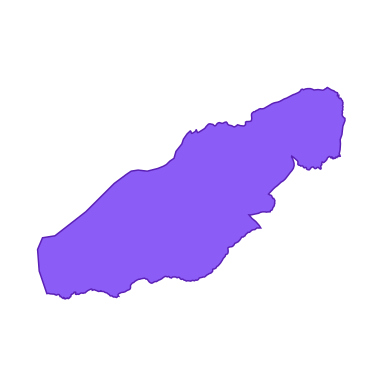 Bolga East, Upper East, Ghana, rotated 16°
{"feature_id": "2480657B19171272300465", "entity_name": "Bolga East", "entity_type": "district", "adm_level": 2, "iso_a3": "GHA", "parent_name": "Ghana", "parent_adm1": "Upper East", "projection": "mercator", "projection_center": [-0.786, 10.803], "detail": "fine", "context": "isolated", "style": "filled", "palette": "violet", "viewbox_px": 384, "rotation_deg": 16, "n_neighbors": 0, "source": "geoboundaries", "source_scale": "gbopen_adm2", "svg_char_len": 6065}
<svg xmlns="http://www.w3.org/2000/svg" viewBox="0 0 384 384"><g transform="rotate(16 192 192)"><path d="M80.5,329.7L81.6,329.2L82.5,329.0L83.6,329.0L86.3,328.5L87.0,328.3L88.2,328.2L89.0,328.3L89.0,328.5L90.1,328.5L91.4,327.4L92.4,327.3L92.8,327.4L94.0,328.8L94.5,328.5L95.6,329.2L97.4,329.8L97.8,328.8L98.2,328.9L99.0,329.7L99.5,329.8L100.1,329.0L100.8,328.9L101.2,328.4L101.5,328.2L102.2,328.6L102.6,328.5L103.1,327.8L103.4,327.6L103.5,326.7L104.2,326.2L104.3,325.0L104.1,324.3L104.5,323.4L105.3,323.0L106.1,321.7L106.2,321.0L106.5,320.8L106.8,320.6L107.8,320.4L108.0,320.7L107.9,322.0L108.2,322.3L108.5,322.4L109.4,322.2L110.1,321.7L111.4,321.6L112.4,320.4L113.3,319.7L114.0,319.4L115.2,319.4L116.0,318.8L117.0,318.5L118.2,316.6L119.2,315.3L121.5,313.3L122.1,313.0L122.5,313.0L122.8,313.2L123.2,314.0L124.0,313.5L124.9,312.8L126.6,313.1L127.8,313.1L129.4,313.4L130.2,313.0L131.0,312.9L131.3,312.7L131.4,312.3L131.9,312.5L132.2,312.2L132.4,312.4L132.9,312.4L134.6,312.0L136.0,312.5L138.2,312.5L139.7,313.2L140.5,313.3L141.6,314.1L142.0,314.3L142.5,314.3L143.2,314.1L143.9,314.0L145.3,314.6L147.2,314.1L148.5,314.2L149.0,313.6L149.6,312.6L149.9,312.3L150.2,312.3L149.2,311.3L149.2,310.8L149.8,309.8L151.9,308.0L153.2,307.5L155.0,306.5L157.1,304.2L158.3,303.4L159.1,302.5L159.3,301.7L159.3,301.1L158.6,298.6L159.4,296.6L159.8,295.9L161.0,295.0L161.6,293.8L163.2,292.0L164.8,290.6L166.0,290.2L166.5,289.7L170.2,287.9L171.6,288.4L172.6,288.1L173.6,288.6L175.5,290.1L176.4,290.5L177.4,290.8L178.5,290.7L179.0,290.4L180.8,288.5L181.7,288.1L182.5,287.9L183.6,286.8L184.1,286.0L185.1,285.4L186.8,283.8L187.6,282.6L189.1,280.8L190.1,280.3L191.5,280.4L191.9,280.3L192.7,279.7L193.2,279.7L194.1,280.3L196.0,280.3L196.6,279.1L199.6,278.1L200.8,278.5L201.5,278.5L201.9,278.1L203.1,277.6L203.8,277.8L204.5,278.5L205.4,278.9L205.9,278.9L206.9,278.3L207.3,278.3L208.6,278.9L210.0,278.8L211.0,279.2L212.4,278.4L215.4,278.0L216.4,277.1L217.1,276.7L218.7,276.7L219.0,276.5L219.7,275.7L220.0,275.5L220.9,275.5L221.4,275.2L222.1,274.5L222.8,272.6L225.5,271.1L225.9,270.7L227.3,270.3L227.6,270.1L228.4,269.0L228.9,268.0L230.3,266.6L230.7,266.0L232.5,264.7L233.6,262.9L233.6,262.0L233.2,260.6L234.2,259.9L234.8,259.7L236.0,258.5L236.4,256.8L237.5,255.6L239.0,252.3L240.1,248.5L240.3,247.3L241.6,244.8L241.6,243.7L241.8,242.7L242.8,242.0L243.1,241.7L243.3,241.1L243.3,239.9L243.0,238.6L242.0,236.3L242.1,235.5L243.2,234.5L245.3,233.6L246.2,232.9L246.4,232.1L246.9,231.5L247.2,229.8L247.3,229.5L248.1,229.0L250.2,227.0L251.4,224.5L252.2,221.7L253.8,221.0L254.1,220.4L255.0,219.6L255.2,218.4L255.8,217.2L256.2,216.7L256.9,215.4L257.7,215.2L258.4,214.8L258.8,214.3L260.0,212.3L261.2,211.4L262.8,210.8L264.1,208.9L264.9,208.5L265.9,208.3L268.0,207.6L265.8,205.6L261.6,202.9L257.0,200.9L253.1,198.3L255.4,197.6L258.1,196.1L261.9,194.1L263.5,192.6L265.6,191.5L267.6,191.0L269.2,190.8L270.2,190.3L272.6,189.5L272.6,188.3L272.9,187.9L273.7,187.5L274.1,186.0L274.0,185.3L274.2,184.3L274.7,183.4L274.8,181.6L274.6,180.9L274.7,179.9L274.4,179.6L274.0,177.3L272.4,175.7L271.5,175.9L271.0,175.2L270.2,174.6L269.8,173.9L269.1,173.4L267.2,173.3L266.1,172.9L269.4,166.5L270.7,164.4L272.3,162.3L274.9,158.0L276.7,156.0L278.1,153.7L281.1,146.1L282.1,143.9L282.9,141.4L282.9,138.6L282.2,136.3L281.1,134.4L279.6,132.3L278.0,130.8L278.0,130.0L280.8,131.0L281.9,131.6L284.3,132.7L285.1,133.2L285.6,134.0L286.0,135.8L286.2,136.3L286.9,136.7L288.6,136.7L289.4,137.1L290.4,136.6L291.2,136.5L291.8,136.8L292.3,137.5L293.0,137.8L293.4,137.8L293.8,137.3L294.7,137.0L295.1,137.1L295.7,138.2L296.5,138.6L297.8,138.6L298.7,138.3L299.1,137.6L299.2,137.1L300.1,135.3L300.9,134.8L301.6,134.5L302.7,135.2L303.6,135.6L304.0,135.6L304.9,135.0L305.4,134.0L306.3,133.6L306.8,133.6L308.6,134.5L309.4,134.5L309.6,133.7L308.6,131.6L308.7,131.1L309.3,130.0L308.8,129.2L308.9,127.3L310.2,127.5L310.9,126.9L311.3,126.1L311.8,125.6L312.2,124.4L312.6,123.9L312.8,121.9L313.9,120.3L314.2,120.0L314.8,120.0L316.1,120.8L316.6,119.8L316.9,119.8L317.2,120.0L317.5,120.9L318.2,121.2L318.6,121.1L318.6,120.4L318.9,120.2L319.6,120.2L320.0,120.4L320.3,120.2L320.8,119.2L320.8,118.8L321.8,118.9L322.0,118.1L322.7,117.7L322.6,117.1L323.1,116.6L324.1,117.1L324.6,116.8L323.8,115.5L323.0,114.8L322.7,110.7L322.0,107.3L321.4,104.7L320.0,100.8L320.3,95.5L318.9,87.3L319.4,81.2L318.7,79.0L317.3,78.6L315.8,77.5L315.0,76.5L314.8,74.3L314.3,73.5L314.1,72.9L314.1,72.4L314.4,71.5L314.1,70.8L313.8,70.4L313.6,68.2L312.8,67.4L312.7,67.1L312.9,66.0L312.5,65.2L312.6,64.8L312.5,64.4L312.0,64.0L311.5,62.9L309.9,61.8L309.7,61.3L309.1,60.9L308.4,61.0L308.1,61.4L306.9,60.7L306.7,60.4L306.8,59.2L306.5,58.6L306.1,59.1L305.6,59.4L305.2,59.4L305.1,57.4L304.4,56.5L303.2,56.5L301.7,56.2L300.5,55.6L298.0,55.5L293.4,54.2L292.9,54.6L292.6,55.3L291.5,56.3L290.9,57.2L289.8,58.1L284.9,58.8L281.2,60.3L279.1,60.0L277.2,60.0L274.8,60.7L273.0,61.5L270.9,63.0L269.9,62.7L268.8,63.3L268.0,65.6L266.8,67.1L263.5,69.9L262.6,70.4L256.9,75.8L255.0,77.1L251.2,80.9L249.4,82.1L247.4,83.1L246.1,83.9L244.7,85.0L241.1,88.8L238.1,91.9L236.3,92.8L234.7,93.1L233.6,93.8L232.5,95.2L231.2,96.1L230.7,97.1L230.4,97.4L229.3,97.8L228.2,99.2L227.8,100.3L227.9,101.5L229.2,104.9L229.4,106.8L229.0,107.7L227.6,108.4L224.9,109.3L224.2,110.1L224.9,112.5L224.2,113.7L223.6,114.3L220.2,114.9L217.3,114.8L215.7,117.0L214.9,117.7L213.8,117.8L211.9,117.3L209.4,117.5L208.4,117.4L207.5,116.8L206.6,115.8L205.8,115.3L205.1,115.5L204.0,116.2L202.7,117.5L201.5,117.8L199.4,117.7L198.3,118.2L197.3,119.3L196.7,121.1L196.1,121.9L195.3,122.2L193.5,121.3L190.6,121.5L189.5,121.9L188.8,122.7L188.3,123.8L187.4,125.4L187.3,126.3L186.3,127.9L182.3,132.4L181.5,133.1L180.8,133.3L179.1,131.1L178.8,131.2L178.6,132.6L178.2,133.2L177.0,134.6L175.8,135.7L175.4,135.6L175.1,135.4L174.6,134.8L174.3,134.1L173.5,133.8L171.3,137.4L169.2,143.5L169.0,148.6L165.4,157.3L165.4,164.6L162.2,168.4L159.8,172.7L157.3,175.2L152.5,178.9L143.2,184.3L134.1,185.8L127.8,188.7L124.1,193.1L114.9,205.2L95.4,240.2L72.3,271.9L60.9,277.2L59.4,289.8L66.9,310.1L80.5,329.7Z" fill="#8b5cf6" stroke="#5b21b6" stroke-width="1.5"/></g></svg>